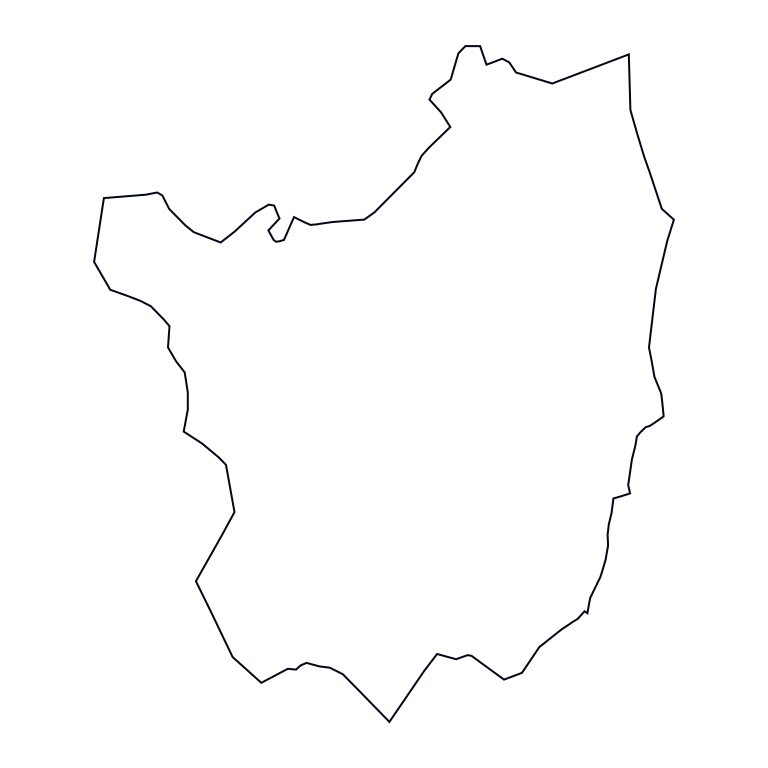 outline of Damaturu, Yobe, Nigeria
{"feature_id": "59680162B76704120420691", "entity_name": "Damaturu", "entity_type": "district", "adm_level": 2, "iso_a3": "NGA", "parent_name": "Nigeria", "parent_adm1": "Yobe", "projection": "robinson", "projection_center": [12.053, 11.854], "detail": "fine", "context": "isolated", "style": "outline", "palette": "ink", "viewbox_px": 768, "rotation_deg": 0, "n_neighbors": 0, "source": "geoboundaries", "source_scale": "gbopen_adm2", "svg_char_len": 1878}
<svg xmlns="http://www.w3.org/2000/svg" viewBox="0 0 768 768"><path d="M232.6,657.0L261.3,682.8L287.8,668.8L296.0,669.6L300.7,665.4L306.6,662.9L319.4,666.4L322.7,666.8L329.8,667.7L342.8,674.2L360.4,692.1L389.4,721.9L424.2,670.9L437.1,654.0L456.0,659.2L467.8,655.1L471.6,655.9L504.0,679.6L521.9,672.9L539.4,647.0L561.2,629.7L561.6,629.4L572.9,621.8L577.6,619.0L584.5,611.3L587.4,613.2L588.6,606.4L590.2,597.9L600.3,577.2L602.5,570.4L602.5,570.1L603.8,565.9L605.6,559.7L608.1,545.4L607.6,534.9L608.8,524.4L611.6,512.8L613.4,498.5L622.0,496.0L630.1,493.4L628.2,485.1L631.9,459.5L635.5,445.0L636.9,436.4L640.3,432.4L645.7,427.2L649.8,425.9L653.8,423.3L663.6,416.4L663.6,416.0L663.6,415.9L663.6,415.6L663.6,415.4L663.5,415.2L663.5,414.9L663.5,414.7L663.5,414.2L663.4,413.6L662.9,408.9L662.5,404.7L662.5,404.4L661.5,395.5L661.4,395.0L661.3,394.2L661.0,392.9L654.4,376.7L652.1,363.4L649.0,347.6L650.6,333.7L655.9,288.9L667.3,240.7L673.9,219.7L661.8,208.8L649.7,172.3L644.3,157.1L637.4,134.4L630.4,110.0L628.8,54.4L552.3,83.5L516.0,72.5L509.4,62.5L502.3,58.7L486.5,64.7L480.1,46.1L465.4,46.1L458.4,53.3L450.7,79.6L432.2,93.9L429.5,99.6L441.1,112.4L450.3,127.0L429.0,147.6L421.6,155.8L418.0,163.2L414.3,172.2L374.4,212.4L364.3,219.6L335.1,221.8L332.0,222.1L322.7,223.4L315.8,224.5L314.2,224.5L310.7,225.0L304.3,222.2L294.0,217.1L284.0,239.9L279.0,241.4L275.9,241.7L273.5,239.8L268.4,230.4L279.5,218.5L277.3,213.5L274.2,205.6L268.8,204.6L255.4,212.4L234.7,231.5L220.7,242.5L193.8,232.2L185.5,225.5L169.3,209.1L162.3,195.4L157.2,192.5L145.8,194.7L103.9,198.1L94.1,261.9L110.3,289.8L127.2,295.8L140.2,300.8L150.8,306.2L164.0,319.7L169.5,326.2L168.0,347.4L176.0,361.2L184.7,372.4L187.8,392.4L187.8,409.7L183.7,431.6L201.9,443.4L218.9,457.5L226.0,464.9L234.5,512.1L221.8,535.4L219.1,540.2L195.9,581.3L196.2,581.8L211.1,612.1L232.6,657.0Z" fill="none" stroke="#020617" stroke-width="2"/></svg>